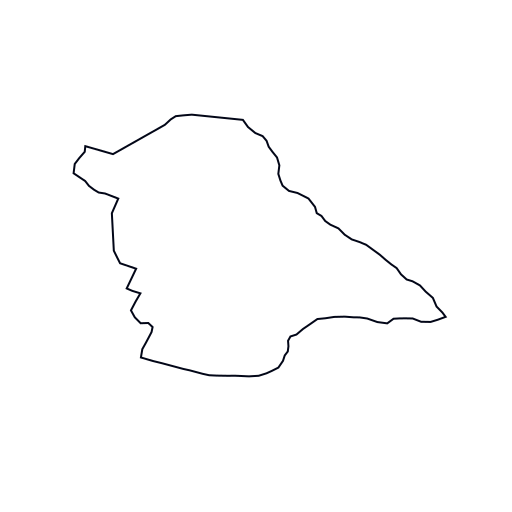 the district of Lamarão, Bahia, Brazil, rotated 285°
{"feature_id": "56859067B14062701434656", "entity_name": "Lamarão", "entity_type": "district", "adm_level": 2, "iso_a3": "BRA", "parent_name": "Brazil", "parent_adm1": "Bahia", "projection": "natural_earth1", "projection_center": [-38.916, -11.798], "detail": "fine", "context": "isolated", "style": "outline", "palette": "ink", "viewbox_px": 512, "rotation_deg": 285, "n_neighbors": 0, "source": "geoboundaries", "source_scale": "gbopen_adm2", "svg_char_len": 1582}
<svg xmlns="http://www.w3.org/2000/svg" viewBox="0 0 512 512"><g transform="rotate(285 256 256)"><path d="M384.1,208.1L375.9,157.4L373.0,149.3L370.3,142.3L365.9,138.3L359.1,134.0L317.4,91.5L317.9,62.7L312.3,63.6L305.0,60.0L298.0,57.1L288.7,58.4L286.0,66.3L284.2,71.6L280.5,76.5L278.1,82.4L276.6,87.6L277.3,94.0L275.8,108.1L260.0,105.7L224.3,117.3L218.6,122.3L213.8,126.6L212.7,143.5L191.2,139.5L190.3,145.6L190.0,154.0L180.9,151.5L171.1,149.3L165.4,154.8L161.2,162.0L163.4,169.3L160.6,174.5L155.5,174.8L149.3,173.4L143.7,172.1L136.6,170.3L128.2,171.1L127.9,183.5L128.1,192.9L128.1,206.6L128.1,215.1L128.4,221.6L128.4,227.2L128.4,235.1L128.7,241.6L130.3,249.0L133.1,260.2L134.8,266.2L136.1,272.0L137.9,280.3L141.0,289.6L145.4,296.5L149.1,301.0L154.0,306.5L161.7,309.2L167.4,309.5L172.0,311.4L177.2,310.7L182.4,308.9L187.2,310.1L190.6,315.4L197.7,320.3L204.1,325.8L211.0,331.6L213.8,339.1L217.4,347.3L220.4,357.5L222.0,366.0L223.5,371.9L224.4,379.6L223.6,390.3L224.9,400.2L231.0,405.1L232.8,410.6L234.4,416.2L236.2,423.5L235.2,432.5L237.5,441.7L241.5,448.1L246.3,454.9L249.7,450.6L253.9,443.5L261.3,437.7L265.5,429.1L270.0,422.0L272.1,413.7L272.3,407.6L275.8,400.8L280.7,395.0L282.9,388.9L285.8,382.3L289.2,375.4L292.1,367.9L295.3,359.6L296.3,352.2L296.8,344.2L299.5,336.2L304.0,328.5L305.5,319.7L307.7,313.8L311.6,308.9L313.1,303.6L318.7,300.3L325.1,291.8L327.6,279.8L327.4,271.0L330.8,263.5L335.3,260.0L341.1,256.3L349.6,255.1L356.6,250.8L360.9,244.9L364.8,240.0L370.0,236.4L373.5,231.4L374.6,223.5L378.5,214.9L384.1,208.1Z" fill="none" stroke="#020617" stroke-width="2"/></g></svg>